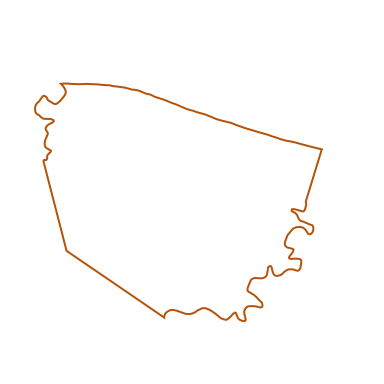 Santa Rosa de Aguan, Colón, Honduras (Mercator projection), rotated 345°
{"feature_id": "27666195B37116409669852", "entity_name": "Santa Rosa de Aguan", "entity_type": "district", "adm_level": 2, "iso_a3": "HND", "parent_name": "Honduras", "parent_adm1": "Colón", "projection": "mercator", "projection_center": [-85.679, 15.902], "detail": "fine", "context": "isolated", "style": "outline", "palette": "amber", "viewbox_px": 384, "rotation_deg": 345, "n_neighbors": 0, "source": "geoboundaries", "source_scale": "gbopen_adm2", "svg_char_len": 5912}
<svg xmlns="http://www.w3.org/2000/svg" viewBox="0 0 384 384"><g transform="rotate(345 192 192)"><path d="M132.7,306.1L132.9,305.1L133.5,304.1L134.3,303.0L135.2,302.2L136.4,301.6L138.0,301.0L139.7,300.6L140.9,300.6L142.0,300.7L143.3,301.1L144.2,301.5L146.2,302.5L146.7,302.8L152.7,307.0L153.5,307.5L154.5,308.0L155.6,308.5L156.8,308.9L157.7,309.2L158.6,309.3L159.7,309.4L160.7,309.4L162.1,309.3L163.2,309.1L164.4,308.7L165.2,308.5L166.1,308.0L166.6,307.8L168.7,307.5L170.9,307.0L171.5,307.0L172.2,307.0L172.9,307.1L173.6,307.3L174.4,307.6L175.5,308.1L177.2,309.3L177.8,309.8L180.0,312.0L181.8,314.0L183.2,315.7L187.3,321.5L189.9,323.3L191.6,324.2L191.9,324.3L192.3,324.3L193.4,324.0L194.5,323.6L197.2,322.3L200.1,320.3L201.1,319.9L201.8,319.7L202.3,319.6L202.6,319.7L202.9,320.0L203.1,320.7L203.5,324.2L203.8,325.6L204.0,326.2L204.3,326.9L204.7,327.4L205.3,328.0L206.0,328.6L206.9,329.3L208.4,330.1L209.0,330.3L209.4,330.4L209.9,330.2L210.3,329.8L210.7,329.3L210.9,328.6L211.0,327.1L211.0,323.1L211.2,322.1L211.6,320.8L212.1,319.8L213.0,318.8L213.9,318.1L214.8,317.5L215.9,317.1L216.5,317.0L218.2,317.3L220.7,317.8L222.8,318.5L224.4,319.2L224.9,319.4L227.3,320.9L228.5,321.3L229.2,321.3L229.8,321.2L230.2,320.9L230.5,320.4L230.7,319.9L230.8,319.4L230.8,318.1L230.7,316.9L230.6,316.5L230.3,316.0L229.0,313.9L227.2,310.5L225.9,308.4L225.2,307.5L222.2,304.3L220.8,303.0L220.4,302.3L220.2,301.6L220.2,301.1L220.3,300.6L220.6,299.9L220.9,299.2L222.6,296.8L224.9,293.8L226.1,292.4L226.6,292.0L227.3,291.7L228.1,291.5L229.1,291.3L230.1,291.3L230.6,291.3L231.7,291.7L235.3,293.0L237.2,293.5L238.0,293.5L239.3,293.4L240.1,293.2L241.1,292.9L241.6,292.7L242.0,292.4L242.4,291.9L242.9,291.3L244.9,287.2L245.6,285.4L246.1,284.6L246.4,284.3L247.2,283.9L247.7,283.7L248.2,283.7L248.6,283.8L248.9,284.1L249.2,284.5L249.3,285.0L249.4,285.5L249.3,287.9L249.3,290.4L249.4,291.5L249.7,292.5L249.9,293.2L250.3,293.8L250.8,294.3L251.5,294.7L252.4,295.0L253.5,295.2L255.2,295.2L256.0,295.1L256.9,294.9L257.9,294.5L258.7,294.1L260.0,293.2L262.0,292.4L264.0,291.9L265.1,291.8L265.9,291.8L266.8,292.0L267.9,292.3L268.9,292.7L270.7,293.6L272.6,294.9L273.6,295.4L274.0,295.5L274.4,295.4L274.8,295.3L275.4,295.0L276.0,294.5L276.5,294.0L277.0,293.4L277.4,292.7L278.6,290.0L279.6,287.4L279.7,286.7L279.7,286.0L279.5,285.4L279.1,285.0L278.6,284.7L277.5,284.1L274.3,283.0L271.8,282.6L270.1,282.2L269.4,281.8L269.0,281.5L268.8,281.3L268.7,281.0L268.8,280.6L269.0,280.2L269.2,279.7L270.1,278.9L270.9,278.4L272.0,277.7L272.9,276.9L274.0,275.8L274.7,275.0L275.0,274.5L275.1,273.9L274.9,273.4L274.6,273.1L271.6,271.3L269.9,270.4L269.5,270.0L268.9,269.4L268.6,268.8L268.4,268.4L268.2,267.8L268.2,267.2L268.2,266.6L268.3,266.0L268.7,264.8L269.1,264.0L270.7,261.8L273.0,258.6L273.4,258.2L273.8,257.9L275.1,257.1L277.8,255.1L279.2,254.1L279.7,253.8L280.7,253.5L281.6,253.3L282.5,253.1L283.4,253.1L284.2,253.1L285.5,253.3L286.5,253.5L287.5,253.8L288.4,254.2L289.2,254.7L289.8,255.1L290.4,255.7L290.8,256.2L291.8,257.9L292.2,258.9L292.7,260.3L293.1,261.8L293.3,262.4L293.5,262.6L294.1,263.0L294.7,263.3L295.2,263.4L295.8,263.3L296.3,263.2L297.0,262.8L297.6,262.3L298.2,261.7L298.7,261.1L299.2,260.3L299.4,259.8L299.8,258.5L300.0,257.6L300.0,256.9L299.9,256.0L299.8,255.6L299.6,255.3L299.1,254.9L297.4,253.9L292.2,249.7L290.2,248.5L289.5,248.0L289.0,247.5L288.7,247.0L288.4,246.1L288.0,244.5L287.6,241.9L287.4,241.3L287.2,240.6L286.6,239.5L285.9,238.6L285.4,238.0L284.4,237.3L283.8,236.6L283.6,236.2L283.5,235.9L283.5,235.5L283.6,235.2L283.9,234.8L284.1,234.6L284.3,234.6L285.0,234.6L286.1,235.0L288.9,236.4L292.0,238.4L293.2,239.1L294.0,239.4L294.6,239.5L295.0,239.4L295.5,239.2L296.1,238.6L297.4,236.9L298.2,235.2L298.8,234.4L299.0,234.0L299.4,232.2L299.5,230.6L328.4,184.4L323.4,181.7L312.1,175.3L308.2,173.0L305.1,171.2L300.4,168.7L298.5,167.8L296.4,166.9L294.9,166.1L291.0,163.7L286.8,160.8L283.4,158.7L279.7,156.1L269.3,149.9L266.3,148.0L260.4,144.4L258.6,143.2L253.0,139.3L250.3,137.4L248.7,136.1L247.6,135.4L245.5,134.2L237.7,129.9L235.2,128.4L234.2,127.7L231.6,125.7L224.8,120.5L216.8,115.8L214.3,113.9L211.4,112.3L208.6,110.6L205.6,108.3L198.7,102.8L195.2,100.5L191.5,97.6L187.8,95.0L183.5,92.2L180.5,90.3L180.1,89.9L178.6,88.5L177.1,87.2L176.4,86.8L174.4,85.9L172.5,84.7L171.8,84.2L170.1,82.8L168.3,81.4L167.0,80.5L166.1,79.9L163.1,78.4L160.5,77.5L159.1,76.7L156.0,74.8L154.1,73.8L149.8,71.9L142.7,69.1L142.0,68.7L141.2,68.1L140.7,67.9L133.6,65.5L130.7,64.4L128.0,63.4L118.7,60.5L117.0,60.0L114.3,59.5L108.4,58.0L102.1,55.9L100.6,55.3L99.7,55.0L95.8,54.0L93.4,53.6L94.1,54.8L94.4,55.4L95.1,57.0L95.8,59.1L96.0,60.3L96.1,61.3L96.1,62.2L95.9,63.0L95.6,63.6L95.1,64.4L94.5,65.2L93.8,65.8L92.5,66.9L90.7,68.1L88.0,70.1L87.0,70.5L85.2,71.3L84.2,71.6L83.5,71.8L82.9,71.7L82.4,71.6L82.0,71.3L81.4,70.9L80.8,70.4L77.0,66.4L76.8,66.1L76.5,65.3L76.2,63.6L75.8,62.5L75.2,61.8L74.6,61.2L74.0,60.8L73.6,60.7L73.1,60.8L72.0,61.4L70.3,62.7L69.1,63.7L68.4,64.5L65.7,65.9L65.1,66.3L64.2,67.1L63.3,68.0L62.7,68.9L62.3,69.9L61.8,71.7L61.6,72.9L61.5,74.0L61.6,74.8L61.9,75.6L62.1,76.1L62.6,76.8L63.8,77.9L64.4,78.6L65.0,79.6L65.7,80.9L66.5,81.8L67.3,82.6L68.1,83.0L69.7,83.5L72.8,84.4L74.5,85.0L75.6,85.7L76.2,86.2L76.8,86.9L76.9,87.2L76.9,87.5L76.8,87.8L76.6,88.1L76.2,88.3L75.8,88.5L74.2,89.0L71.4,89.6L70.5,89.9L69.7,90.2L69.1,90.6L68.1,91.4L67.6,91.9L67.2,92.4L67.1,92.8L67.0,93.2L67.0,94.0L67.2,94.9L67.8,96.8L68.0,97.8L67.9,98.2L67.7,98.6L67.1,99.5L64.6,102.7L63.6,104.0L63.2,104.8L62.6,106.0L62.2,107.3L62.0,108.0L61.9,109.2L61.9,109.9L62.0,110.4L62.2,111.0L62.5,111.5L62.8,111.9L63.9,112.9L65.3,114.4L66.2,115.3L66.4,115.6L66.3,115.9L66.1,116.4L65.4,117.0L64.8,117.3L63.8,117.7L62.2,118.9L61.7,119.2L61.5,119.6L61.3,120.0L61.1,120.9L60.8,122.1L60.5,122.5L59.9,123.1L59.5,123.3L59.1,123.4L58.8,123.3L58.2,122.9L57.6,122.9L57.4,122.9L57.1,123.0L56.9,123.2L56.7,123.4L56.5,123.7L55.6,216.4L132.7,306.1Z" fill="none" stroke="#b45309" stroke-width="2"/></g></svg>